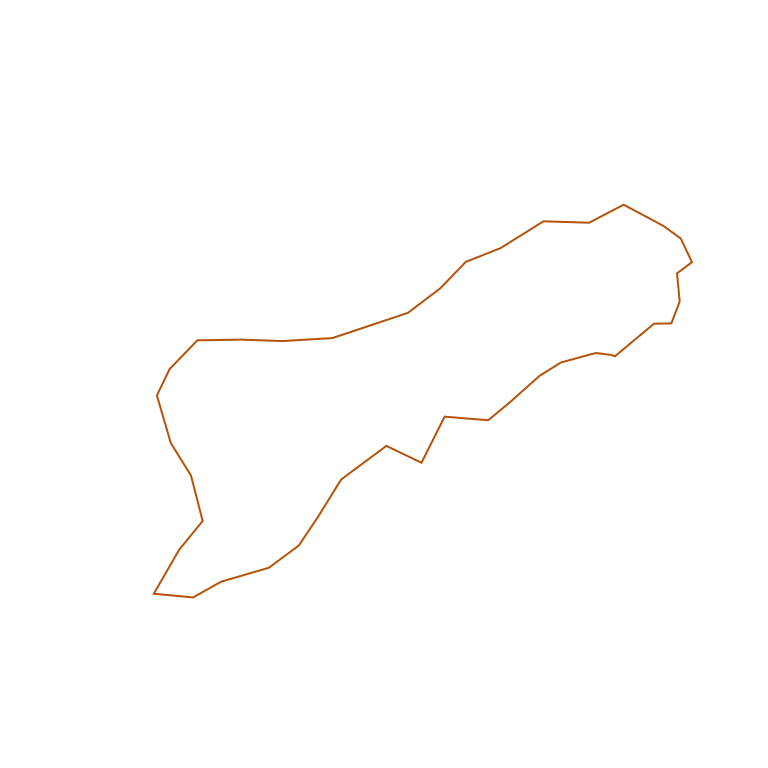 Seo-gu, Daejeon, South Korea (orthographic projection), rotated 44°
{"feature_id": "91817680B57044302860475", "entity_name": "Seo-gu", "entity_type": "district", "adm_level": 2, "iso_a3": "KOR", "parent_name": "South Korea", "parent_adm1": "Daejeon", "projection": "orthographic", "projection_center": [127.358, 36.275], "detail": "fine", "context": "isolated", "style": "outline", "palette": "amber", "viewbox_px": 768, "rotation_deg": 44, "n_neighbors": 0, "source": "geoboundaries", "source_scale": "gbopen_adm2", "svg_char_len": 701}
<svg xmlns="http://www.w3.org/2000/svg" viewBox="0 0 768 768"><g transform="rotate(44 384 384)"><path d="M530.9,203.5L536.3,153.1L548.6,140.8L539.4,119.3L526.5,108.2L517.9,100.9L520.9,82.4L496.3,73.2L474.8,76.3L431.8,88.6L419.5,125.5L385.7,156.2L373.4,205.4L358.0,239.2L358.0,276.1L351.8,316.1L314.9,386.9L281.0,423.8L250.2,451.5L234.8,466.9L219.4,482.2L219.4,516.1L219.4,522.3L228.6,550.0L271.7,574.6L308.7,583.9L348.7,608.5L351.8,645.5L364.1,694.8L394.9,670.2L404.1,639.4L428.8,596.2L434.9,559.3L428.8,525.4L419.5,482.3L428.7,426.9L465.7,414.6L450.3,365.4L484.1,337.7L487.2,310.0L490.2,270.0L496.4,245.4L514.8,214.6L527.1,205.4L530.9,203.5Z" fill="none" stroke="#b45309" stroke-width="2"/></g></svg>